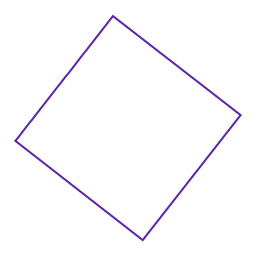 the district of Harlan, Nebraska, United States of America, rotated 128°
{"feature_id": "52423323B42247307732107", "entity_name": "Harlan", "entity_type": "district", "adm_level": 2, "iso_a3": "USA", "parent_name": "United States of America", "parent_adm1": "Nebraska", "projection": "equal_earth", "projection_center": [-99.371, 40.176], "detail": "fine", "context": "isolated", "style": "outline", "palette": "violet", "viewbox_px": 256, "rotation_deg": 128, "n_neighbors": 0, "source": "geoboundaries", "source_scale": "gbopen_adm2", "svg_char_len": 443}
<svg xmlns="http://www.w3.org/2000/svg" viewBox="0 0 256 256"><g transform="rotate(128 128 128)"><path d="M207.3,47.4L48.5,47.2L49.1,208.8L49.9,208.8L50.1,208.8L93.7,208.7L94.7,208.8L95.1,208.8L96.6,208.8L101.1,208.8L121.3,208.6L125.1,208.8L128.4,208.8L168.2,208.8L169.6,208.8L170.9,208.8L181.1,208.7L182.4,208.8L194.4,208.8L201.0,208.7L204.1,208.7L204.8,208.8L207.5,208.8L207.3,47.4Z" fill="none" stroke="#5b21b6" stroke-width="2"/></g></svg>